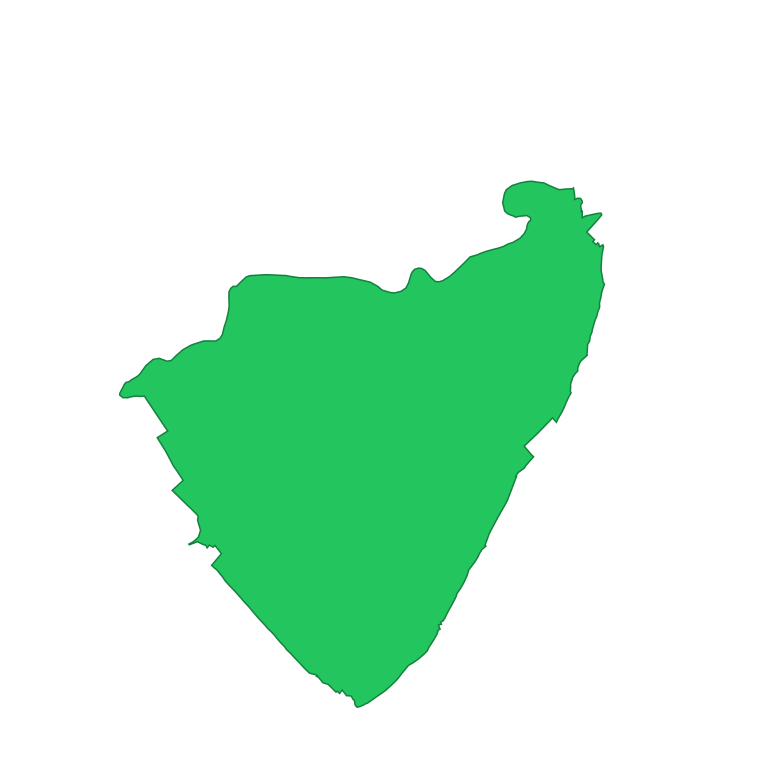 Poza Rica de Hidalgo, Veracruz, Mexico (Robinson projection), rotated 39°
{"feature_id": "50627088B10700770102469", "entity_name": "Poza Rica de Hidalgo", "entity_type": "district", "adm_level": 2, "iso_a3": "MEX", "parent_name": "Mexico", "parent_adm1": "Veracruz", "projection": "robinson", "projection_center": [-97.436, 20.539], "detail": "fine", "context": "isolated", "style": "filled", "palette": "green", "viewbox_px": 768, "rotation_deg": 39, "n_neighbors": 0, "source": "geoboundaries", "source_scale": "gbopen_adm2", "svg_char_len": 5690}
<svg xmlns="http://www.w3.org/2000/svg" viewBox="0 0 768 768"><g transform="rotate(39 384 384)"><path d="M566.6,652.1L568.6,649.4L571.3,643.5L572.2,641.9L573.2,638.2L573.4,637.7L575.1,631.5L576.4,627.1L576.6,626.6L578.0,621.4L579.2,613.9L579.9,608.3L580.0,607.5L580.2,603.5L580.0,598.2L580.0,596.4L580.1,591.7L580.1,587.3L582.0,582.4L583.7,576.5L585.1,569.0L585.6,564.4L584.6,560.1L583.8,552.5L582.7,545.3L581.0,541.0L581.9,539.3L578.0,537.0L579.8,534.6L578.0,533.8L578.1,533.3L579.1,530.4L578.5,530.2L578.8,528.4L577.3,522.0L576.1,515.3L575.0,509.3L573.9,504.2L572.8,501.4L572.5,499.9L572.1,494.3L571.0,487.7L569.1,480.5L566.8,474.9L566.8,470.6L566.7,470.2L566.6,465.3L565.8,459.3L564.8,455.3L564.3,450.9L565.2,445.9L564.0,445.9L563.3,443.8L562.4,441.1L560.1,434.5L559.1,429.9L557.2,420.1L555.7,411.6L554.4,403.6L554.2,402.3L554.1,401.9L553.4,398.0L553.1,397.6L552.9,396.7L553.1,396.5L552.8,395.8L549.4,385.3L546.9,377.9L545.2,372.6L544.5,372.9L544.4,372.1L544.0,368.4L544.6,366.2L546.0,360.7L545.8,359.7L545.7,359.2L545.6,357.6L545.6,357.0L545.7,355.0L545.7,354.9L545.7,353.2L545.7,352.5L546.0,347.8L546.0,347.6L546.0,347.4L546.1,346.5L543.8,346.2L543.1,346.2L542.2,346.1L541.9,346.0L539.2,345.4L535.9,344.8L532.1,344.1L533.2,335.3L533.8,330.3L534.2,327.8L534.6,324.3L534.8,321.5L535.3,316.4L535.9,309.3L536.2,304.9L536.2,304.4L537.0,304.5L538.0,304.6L539.2,304.8L540.6,305.0L541.6,305.1L542.1,305.2L541.7,303.8L541.3,302.2L540.6,298.2L540.0,294.1L538.8,288.9L537.2,283.8L536.4,280.5L535.6,277.4L535.5,276.2L535.0,273.2L533.2,272.2L531.1,269.0L529.3,267.0L528.3,264.7L527.6,262.6L526.5,260.0L526.1,255.5L526.4,252.0L524.3,249.2L523.4,246.3L523.1,245.5L522.5,242.6L522.9,239.7L523.6,235.5L523.9,233.8L522.5,232.6L521.9,231.4L520.2,229.0L517.4,225.3L516.8,221.3L514.3,217.3L513.0,212.9L511.4,210.0L510.4,207.4L509.6,205.8L507.7,201.0L506.9,197.9L504.6,192.9L503.5,189.3L502.9,188.1L501.7,186.8L501.2,186.2L500.1,184.7L498.3,180.7L495.5,175.7L493.6,170.9L492.6,167.7L490.2,167.0L487.9,164.8L483.4,160.9L481.3,159.2L478.7,155.8L476.8,153.2L474.1,149.4L472.0,146.4L470.9,144.3L470.5,143.6L470.0,142.5L468.8,140.4L468.1,139.0L466.5,138.1L465.5,140.8L465.1,141.6L462.3,139.8L461.3,139.8L461.3,142.2L456.7,142.0L456.8,139.4L454.3,139.2L445.9,138.3L446.7,123.4L446.8,117.1L446.8,115.6L446.2,115.1L445.0,114.7L442.4,117.3L434.9,126.6L433.4,130.0L429.4,125.0L428.9,125.9L427.4,124.0L426.1,123.1L425.0,122.0L424.8,121.6L424.2,120.8L424.0,119.9L424.1,118.7L424.1,118.3L423.4,117.7L422.5,116.9L420.0,116.1L417.7,117.6L417.0,118.7L416.3,120.4L416.1,120.7L414.1,118.1L411.2,115.3L409.0,113.4L407.9,112.4L407.7,113.3L407.3,113.9L403.8,117.0L401.6,119.0L398.9,121.8L398.6,122.1L397.1,123.0L392.0,124.5L389.1,125.3L386.7,126.0L384.2,126.5L382.0,127.0L378.7,129.0L377.8,129.6L377.3,129.9L374.1,131.8L372.4,132.7L371.3,133.4L367.8,136.6L363.1,142.3L361.3,145.1L358.6,149.2L356.8,156.1L357.8,160.2L359.1,162.7L362.1,168.4L368.9,173.6L372.9,173.9L376.4,172.9L378.9,171.9L381.2,171.6L383.9,168.2L389.0,163.2L393.1,162.6L395.0,164.4L394.4,166.7L394.8,168.9L395.6,171.0L397.2,173.6L398.3,178.8L398.0,185.0L395.2,192.6L392.4,197.0L390.1,202.2L386.9,207.1L383.4,211.7L379.5,217.3L376.0,223.2L375.6,224.3L370.9,231.1L370.1,239.8L368.5,252.3L367.4,258.8L366.4,261.8L364.5,267.0L362.3,270.1L359.2,272.0L353.2,271.7L344.7,269.9L340.6,270.5L338.0,272.1L335.7,275.4L335.4,278.8L335.9,281.4L339.5,290.0L340.3,294.1L340.6,295.6L339.0,301.1L334.8,306.7L331.6,308.8L323.5,312.2L317.9,312.0L313.7,312.7L309.2,313.5L298.5,318.7L292.1,321.7L285.2,326.0L271.5,338.5L262.9,345.3L256.9,350.3L251.0,354.9L243.0,359.6L239.4,361.5L235.3,364.6L230.2,368.3L223.9,373.0L220.3,376.2L211.5,384.3L209.6,387.5L209.1,390.6L208.4,395.7L207.9,401.0L205.3,403.0L204.7,406.3L205.6,410.1L209.2,414.6L211.7,417.5L212.4,418.3L214.8,421.1L217.8,426.2L221.6,434.1L224.1,440.7L227.3,447.3L227.8,451.7L226.2,456.5L222.4,459.5L216.9,463.9L211.3,472.4L209.5,475.5L206.1,484.0L204.5,493.4L203.9,499.6L201.1,502.8L193.2,505.5L189.1,510.2L187.4,519.5L188.0,530.1L187.6,532.8L186.7,535.5L185.4,538.6L184.8,540.8L184.6,541.9L184.2,542.9L183.8,543.6L183.2,544.2L182.4,545.3L182.5,547.4L182.5,548.1L182.7,549.2L183.1,550.8L184.5,557.3L185.5,558.9L189.9,558.9L191.2,557.7L193.3,556.2L193.9,555.5L194.3,554.8L195.0,553.7L197.1,551.3L197.9,550.5L199.4,549.2L200.1,548.4L201.2,547.9L201.8,547.6L202.5,547.0L205.3,544.3L205.8,544.3L207.7,545.0L236.7,554.0L245.5,556.7L241.5,568.4L257.1,573.8L264.8,577.1L271.9,580.2L276.6,581.5L279.6,582.4L282.6,583.4L285.6,584.3L288.6,585.3L288.2,587.8L287.9,589.6L287.6,591.7L287.3,593.8L286.9,596.2L286.5,599.0L286.3,600.0L307.8,602.0L311.7,602.2L315.8,602.7L316.3,602.7L320.8,603.2L323.0,603.8L324.7,607.0L324.9,607.2L328.0,609.4L333.4,613.1L333.5,613.2L336.1,619.7L335.9,621.9L334.9,627.0L333.1,631.2L333.9,631.5L335.5,628.7L338.3,624.0L339.7,623.6L340.7,623.4L342.5,623.0L343.8,622.7L345.7,622.2L346.4,621.6L347.3,621.5L349.7,622.6L349.6,619.2L354.0,618.3L354.2,615.8L364.4,618.2L364.2,631.2L364.1,633.4L368.0,633.7L371.2,633.7L379.4,635.4L383.9,636.8L388.1,637.5L390.4,637.9L399.3,639.0L407.2,640.3L411.7,641.2L418.6,642.1L425.5,643.5L432.5,644.8L442.3,646.2L443.7,646.4L445.8,646.8L447.8,647.2L452.4,647.5L457.0,648.2L461.6,649.2L467.2,650.2L472.4,650.8L474.7,651.6L475.0,651.7L481.2,652.2L487.9,653.2L493.8,653.9L501.0,655.0L508.1,655.6L512.9,653.4L515.4,652.5L515.4,653.6L516.7,653.4L517.4,653.3L517.8,653.1L518.4,653.3L524.7,654.6L529.4,652.6L535.2,653.1L540.2,653.7L540.3,653.3L540.7,653.3L540.9,652.3L544.3,652.4L544.0,648.1L551.1,649.8L551.5,649.4L554.6,647.3L555.6,647.4L557.1,648.0L558.2,648.5L560.4,648.7L563.0,651.2L564.1,651.8L565.3,652.0L566.6,652.1Z" fill="#22c55e" stroke="#15803d" stroke-width="1.5"/></g></svg>